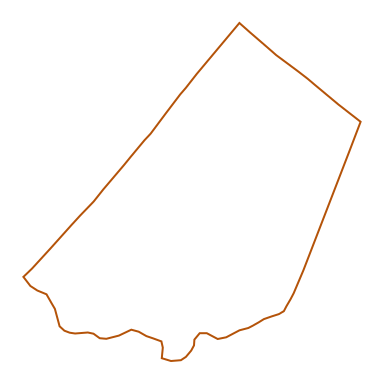 outline of Brasilândia do Sul, Paraná, Brazil
{"feature_id": "56859067B61822887555526", "entity_name": "Brasilândia do Sul", "entity_type": "district", "adm_level": 2, "iso_a3": "BRA", "parent_name": "Brazil", "parent_adm1": "Paraná", "projection": "mercator", "projection_center": [-53.561, -24.156], "detail": "fine", "context": "isolated", "style": "outline", "palette": "amber", "viewbox_px": 384, "rotation_deg": 0, "n_neighbors": 0, "source": "geoboundaries", "source_scale": "gbopen_adm2", "svg_char_len": 926}
<svg xmlns="http://www.w3.org/2000/svg" viewBox="0 0 384 384"><path d="M239.4,23.0L196.6,74.1L185.9,87.8L180.2,94.4L165.7,113.5L150.6,133.7L144.6,140.1L130.7,156.8L124.2,164.8L103.3,189.4L93.7,201.5L80.2,215.5L71.4,225.1L50.6,248.3L32.0,268.6L23.4,276.9L30.4,286.0L37.3,290.5L46.5,294.3L51.5,303.1L54.9,308.9L59.6,326.3L64.4,330.7L69.7,332.7L75.1,333.5L87.8,332.5L93.5,333.7L99.7,338.2L106.3,338.8L118.9,335.6L131.3,329.7L138.7,331.7L146.4,336.1L152.9,338.3L161.4,341.4L162.8,347.6L161.8,358.2L171.0,361.0L180.9,360.2L185.9,356.9L191.2,350.6L194.0,345.4L194.4,339.6L199.7,333.2L206.8,333.2L217.7,339.0L226.2,337.3L239.5,330.3L248.3,328.0L252.2,326.0L258.6,322.4L263.9,319.1L271.7,316.4L278.9,314.1L283.9,311.1L286.4,306.3L290.5,299.3L293.7,293.2L303.4,270.3L349.7,150.4L360.6,121.8L338.4,104.5L314.9,84.9L307.7,78.8L298.4,71.6L276.3,55.2L266.0,46.2L249.9,32.3L239.4,23.0Z" fill="none" stroke="#b45309" stroke-width="2"/></svg>